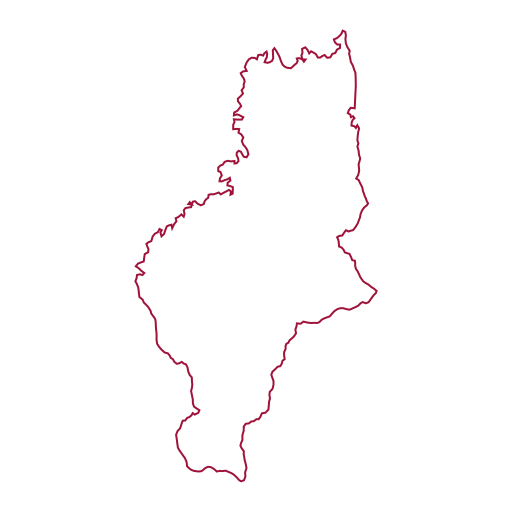 Rio Negrinho, Santa Catarina, Brazil (Robinson projection)
{"feature_id": "56859067B35225019314359", "entity_name": "Rio Negrinho", "entity_type": "district", "adm_level": 2, "iso_a3": "BRA", "parent_name": "Brazil", "parent_adm1": "Santa Catarina", "projection": "robinson", "projection_center": [-49.598, -26.45], "detail": "fine", "context": "isolated", "style": "outline", "palette": "rose", "viewbox_px": 512, "rotation_deg": 0, "n_neighbors": 0, "source": "geoboundaries", "source_scale": "gbopen_adm2", "svg_char_len": 5759}
<svg xmlns="http://www.w3.org/2000/svg" viewBox="0 0 512 512"><path d="M302.4,59.4L299.1,58.1L296.8,58.5L297.7,60.9L296.7,63.1L294.3,65.1L291.0,68.2L287.3,67.8L284.9,66.8L282.6,64.7L280.9,61.0L279.7,57.3L278.2,54.3L276.5,51.2L274.4,48.2L272.8,50.2L273.0,54.0L273.2,58.2L272.2,60.7L269.7,62.3L267.5,62.8L264.6,62.2L265.6,59.5L266.8,57.3L267.2,54.0L266.5,51.6L264.3,53.4L263.1,55.6L260.7,54.7L258.3,55.0L256.9,59.3L255.0,58.0L251.7,57.7L248.8,59.4L246.6,62.5L244.8,67.1L246.7,70.9L243.1,71.4L240.7,73.2L241.8,75.6L243.8,78.6L244.7,81.5L243.8,84.0L243.7,87.5L241.6,90.3L243.0,93.5L240.6,96.2L237.8,98.7L238.0,101.3L239.9,103.7L241.2,106.1L239.4,108.2L237.4,110.8L234.2,112.5L233.9,115.4L236.9,114.4L239.4,115.2L243.3,117.2L241.8,119.6L237.4,119.6L233.9,119.3L234.5,122.0L233.2,124.9L233.2,129.2L236.5,128.9L239.2,129.1L238.5,132.7L241.2,134.3L243.3,137.4L241.8,141.0L243.2,144.6L245.2,146.8L247.3,150.0L248.4,154.3L246.6,157.3L243.7,156.7L242.1,154.1L241.0,151.8L238.7,150.8L236.8,152.6L236.6,155.2L238.1,158.3L238.5,161.1L236.7,163.2L234.5,163.5L234.5,161.0L231.1,161.4L227.6,160.8L224.6,161.9L222.7,164.7L220.2,165.6L218.2,167.7L218.3,171.2L220.5,172.0L221.8,175.6L220.0,178.2L219.5,181.3L221.9,181.4L224.3,180.3L227.7,179.2L229.8,177.8L230.4,180.6L227.6,182.8L227.4,185.4L230.3,186.1L232.8,187.1L232.8,190.1L232.6,193.7L230.5,194.7L230.9,191.4L229.0,189.9L226.1,191.5L223.3,192.9L220.8,194.4L218.8,192.5L215.3,193.8L213.1,194.4L211.0,194.2L208.6,194.8L208.2,197.8L206.1,199.3L204.5,201.5L203.8,204.0L200.9,205.3L197.6,203.7L195.0,201.2L192.8,201.7L191.8,204.5L191.1,207.2L188.4,207.5L185.4,208.1L183.8,210.3L184.5,214.0L183.7,216.7L181.4,214.4L178.4,217.0L175.7,218.2L176.4,221.3L174.1,224.2L172.2,228.2L171.4,224.7L168.8,225.4L166.8,226.4L165.3,230.2L164.0,234.0L161.5,236.3L160.4,232.5L161.8,230.2L159.5,229.0L157.9,232.2L154.7,233.8L152.7,236.5L151.3,241.1L148.4,242.3L146.4,243.9L147.4,246.8L148.5,249.1L148.1,252.3L144.8,254.0L144.2,257.6L143.7,261.5L141.2,262.3L138.0,263.6L135.8,266.3L138.7,268.2L141.3,270.8L144.3,273.0L142.5,275.0L139.7,274.3L137.0,275.0L136.6,278.1L135.4,281.3L136.6,283.5L138.1,287.0L138.6,289.9L138.9,292.8L139.4,297.0L142.6,299.6L143.9,302.6L145.9,304.5L148.2,307.0L150.6,310.9L151.3,313.6L153.2,316.1L155.2,319.0L155.7,321.9L155.8,324.8L156.0,328.4L156.5,332.8L156.6,336.4L156.5,339.3L157.1,343.7L159.1,346.9L161.5,349.6L164.6,352.5L167.8,353.3L169.7,355.5L170.7,357.8L172.9,359.2L174.5,362.0L176.9,363.8L179.1,363.3L181.7,361.9L183.5,363.4L186.0,364.4L187.5,367.4L188.3,371.7L189.7,375.0L191.8,377.4L191.9,380.5L192.3,384.9L191.8,388.3L191.1,390.8L191.6,393.6L192.2,396.5L192.8,399.4L192.9,403.4L194.0,406.6L196.2,408.2L199.4,410.2L198.3,412.8L194.8,414.6L192.7,413.1L191.5,415.3L189.5,417.0L187.1,417.9L185.3,420.5L182.7,420.7L181.5,424.0L180.1,428.3L177.5,431.1L176.1,434.8L176.9,440.1L177.4,444.3L177.9,447.6L179.5,450.5L181.0,452.6L182.9,455.3L185.0,458.2L186.6,462.0L187.1,466.3L189.5,468.6L191.6,470.0L194.0,470.9L196.2,471.2L198.5,471.5L201.4,471.2L203.3,469.8L205.5,467.9L208.1,466.8L210.7,467.1L212.9,468.3L214.8,469.6L216.8,471.5L219.6,470.9L222.4,471.1L225.7,470.7L228.5,471.9L231.4,473.1L234.0,474.8L236.7,477.3L239.1,480.1L241.2,481.3L244.0,480.2L245.4,476.5L245.1,472.3L246.5,468.0L245.7,463.9L244.7,460.2L244.3,457.5L243.7,454.3L243.8,451.1L241.8,448.5L240.4,445.7L241.0,443.2L242.4,440.0L242.4,435.3L243.7,430.7L243.8,426.5L245.7,423.8L248.9,423.4L251.2,421.5L253.8,421.2L256.4,419.2L258.7,419.2L260.5,416.6L261.9,413.3L265.5,412.7L268.4,409.6L268.8,405.5L269.1,401.6L270.0,398.4L269.4,394.9L269.8,391.8L272.5,388.9L273.5,384.9L273.5,381.0L272.3,377.7L271.3,374.7L272.4,371.8L275.4,369.0L277.7,366.7L280.2,366.2L281.7,363.8L282.5,360.8L284.7,359.1L284.1,355.6L284.1,352.1L285.6,349.0L285.5,346.1L286.4,343.8L288.4,342.7L289.5,340.4L291.4,338.8L293.7,336.7L296.0,333.4L295.4,329.5L296.6,326.0L296.9,323.4L300.7,323.7L303.4,321.6L307.4,322.6L311.6,323.0L314.7,322.8L317.2,323.0L319.4,322.1L321.7,319.7L324.7,318.2L327.1,317.3L329.7,316.4L332.1,313.6L334.3,311.2L337.4,309.1L340.4,308.2L343.1,308.2L346.5,309.1L349.2,309.7L351.4,309.0L353.5,307.9L355.8,307.0L358.3,305.6L360.6,303.2L362.7,302.1L365.9,303.3L368.6,302.2L370.2,300.0L372.0,297.4L373.8,295.0L375.7,293.3L376.6,290.9L374.1,288.8L371.2,286.9L368.4,284.5L365.6,283.0L363.1,281.2L360.4,277.3L358.9,274.0L357.5,271.1L356.0,269.0L355.2,266.3L355.2,263.4L354.9,260.8L352.2,260.1L351.0,256.9L349.5,253.9L346.9,253.1L344.8,252.4L343.6,249.8L341.7,247.6L339.1,246.5L338.9,243.9L338.4,240.1L337.1,237.2L339.3,235.9L342.3,235.5L344.3,232.4L346.0,230.2L348.5,231.5L350.7,230.7L353.0,230.2L355.4,227.2L357.7,223.5L358.9,220.2L360.0,217.4L360.5,214.3L362.0,210.5L364.3,207.3L366.7,205.5L368.1,203.4L366.8,201.2L366.0,198.8L364.8,196.3L364.0,193.8L362.9,190.9L362.4,187.8L361.3,185.4L359.9,182.8L358.8,180.2L356.2,178.5L358.2,175.0L359.2,170.7L358.9,167.4L358.6,164.2L359.5,161.3L360.2,158.4L359.0,154.8L358.6,150.7L357.4,146.5L358.4,143.4L357.4,140.4L357.6,137.0L358.1,132.6L359.1,128.3L357.3,125.2L355.9,128.0L354.3,126.2L351.5,125.6L351.7,122.4L352.6,120.0L354.5,118.2L353.0,116.2L350.9,117.2L350.4,114.7L347.8,113.1L348.7,110.5L350.7,107.8L354.7,108.3L355.8,85.9L355.6,76.1L355.4,72.7L354.2,69.7L352.9,65.7L350.8,61.8L350.0,57.1L349.1,53.8L349.7,50.8L347.3,47.0L345.9,43.4L345.4,39.1L345.9,35.5L345.3,31.9L342.7,30.7L341.3,34.0L339.1,36.3L337.0,38.1L333.9,39.4L334.9,42.3L337.2,44.5L340.1,44.6L340.0,48.0L337.0,49.6L335.3,53.0L332.3,53.9L330.4,57.3L327.2,57.8L324.6,55.0L322.2,56.1L320.3,57.5L317.9,57.6L315.9,54.1L313.8,52.8L311.1,51.3L309.2,53.4L307.7,50.2L305.3,47.3L302.1,48.9L302.5,52.7L301.4,55.6L302.4,59.4ZM302.4,59.4L305.5,59.5L303.9,61.7L302.4,59.4ZM191.8,204.5L189.8,202.2L188.4,204.1L191.8,204.5Z" fill="none" stroke="#9f1239" stroke-width="2"/></svg>